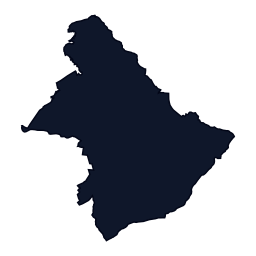 Viperesti, Buzau, Romania (Albers equal-area conic projection)
{"feature_id": "2599482B5774705795524", "entity_name": "Viperesti", "entity_type": "district", "adm_level": 2, "iso_a3": "ROU", "parent_name": "Romania", "parent_adm1": "Buzau", "projection": "albers", "projection_center": [26.456, 45.246], "detail": "fine", "context": "isolated", "style": "filled", "palette": "ink", "viewbox_px": 256, "rotation_deg": 0, "n_neighbors": 0, "source": "geoboundaries", "source_scale": "gbopen_adm2", "svg_char_len": 5607}
<svg xmlns="http://www.w3.org/2000/svg" viewBox="0 0 256 256"><path d="M128.0,224.2L133.8,222.0L136.2,222.3L138.2,221.9L143.4,221.4L149.3,219.6L155.6,218.6L158.3,217.8L164.7,217.7L165.2,216.2L165.3,214.1L165.6,213.8L168.1,213.2L169.4,212.0L170.3,211.7L171.8,211.6L174.2,210.8L175.6,209.8L176.3,208.7L177.1,208.2L183.2,205.5L183.7,205.1L184.6,204.2L185.8,201.0L187.4,199.7L188.9,198.0L189.4,196.5L190.6,194.6L191.3,193.7L191.6,191.5L191.3,189.8L191.9,187.6L193.3,185.3L195.2,183.6L197.8,179.9L201.3,175.4L201.7,175.1L203.5,174.8L205.4,173.3L208.7,169.5L210.5,168.1L211.2,167.3L211.6,166.3L213.6,164.2L214.1,163.1L214.4,161.8L214.4,160.4L214.2,158.9L214.6,157.8L215.0,157.5L215.5,157.4L216.6,157.7L217.7,158.4L220.6,158.3L220.7,158.1L220.6,157.0L220.9,156.3L220.8,155.2L223.3,152.5L225.1,151.4L225.9,149.7L226.9,149.1L228.2,147.7L228.3,147.0L228.0,145.7L228.5,144.6L228.7,143.7L230.7,140.7L232.2,138.9L232.2,138.4L233.5,137.6L234.3,136.4L232.9,134.1L231.7,133.1L229.8,132.1L229.2,131.3L228.6,131.0L227.8,130.7L227.0,130.8L222.9,130.2L219.7,129.1L217.9,129.1L216.3,128.4L214.4,127.0L212.7,127.5L211.7,127.3L210.5,127.4L208.4,125.6L206.1,124.6L205.6,124.6L203.1,122.8L202.1,122.8L200.9,122.5L200.3,122.0L199.7,120.4L199.4,120.0L198.2,119.8L198.1,119.1L198.2,117.2L198.4,116.7L198.3,116.3L196.6,114.7L195.4,112.8L193.0,113.2L191.0,112.2L189.6,112.3L188.8,113.1L188.3,114.3L187.9,114.6L187.2,114.6L186.0,114.0L185.7,115.4L184.8,116.5L183.6,115.6L183.2,115.5L182.4,115.8L181.9,116.8L181.6,116.7L180.8,116.2L173.4,110.1L172.0,108.4L170.0,105.2L169.4,103.0L168.8,100.0L168.7,98.8L168.6,93.4L164.3,93.1L163.6,92.7L159.7,92.6L159.3,92.6L158.4,93.1L158.5,92.4L160.5,90.4L160.7,89.8L157.8,88.7L156.0,86.5L155.3,86.6L154.8,86.3L152.9,83.4L151.5,80.6L151.0,79.8L149.7,79.2L147.2,76.2L145.7,75.7L145.0,75.1L144.9,74.6L145.3,73.2L145.6,70.2L145.5,69.1L145.2,69.2L144.4,68.9L140.4,66.7L139.0,65.4L137.8,63.6L137.1,62.2L137.0,61.7L137.4,60.5L136.9,57.7L137.1,56.1L136.7,55.0L134.1,53.4L132.4,53.1L131.2,52.4L127.5,51.6L124.5,50.6L124.0,49.5L122.3,48.3L122.2,45.5L121.4,44.4L121.3,43.1L121.1,42.7L119.2,41.5L117.3,41.0L116.4,40.4L115.6,40.3L112.7,37.6L112.1,36.2L112.0,34.4L111.5,33.1L111.7,31.8L111.5,31.5L109.9,30.4L108.7,30.0L107.4,29.1L107.4,28.2L107.1,27.8L107.0,27.3L104.4,25.1L104.2,24.8L104.1,23.6L103.7,23.0L102.0,22.0L100.7,20.4L100.1,19.3L98.8,17.9L97.6,17.1L96.7,16.8L96.2,16.7L95.7,17.2L95.3,17.2L95.0,16.7L95.1,15.6L94.9,15.4L93.1,15.8L91.8,15.8L89.0,17.8L88.2,19.0L84.6,19.7L81.4,20.9L76.4,21.8L74.2,22.8L72.2,23.4L70.0,25.6L69.4,26.4L69.4,26.8L69.6,27.8L69.5,28.2L69.1,28.9L68.2,29.5L68.3,31.9L69.9,31.9L70.5,31.5L71.8,31.7L72.9,30.6L73.6,31.7L74.4,31.5L74.9,31.9L75.8,33.0L75.8,33.6L74.9,34.1L75.3,35.2L75.2,36.1L74.6,35.7L73.7,36.3L73.8,36.7L73.9,38.5L73.5,38.3L73.3,37.6L72.7,37.6L72.3,38.5L71.7,38.9L71.7,39.4L69.0,40.9L69.9,41.6L70.6,41.5L70.7,41.2L71.6,40.9L72.6,41.4L73.3,41.4L73.6,41.9L73.9,42.1L73.9,42.4L73.3,43.7L72.8,43.4L72.3,43.9L70.4,43.8L69.1,43.3L67.8,43.8L67.1,44.5L66.6,44.4L66.1,44.7L65.3,46.1L64.1,47.5L63.9,49.6L64.1,51.5L64.9,52.4L64.8,53.6L65.4,55.3L66.7,54.7L67.6,54.9L68.2,55.7L70.1,56.7L70.2,57.1L69.9,57.4L70.0,57.7L70.5,58.1L71.2,58.1L71.6,58.4L71.2,59.2L70.6,59.8L70.7,60.0L71.1,60.2L71.6,59.9L72.3,59.3L72.5,59.3L72.9,60.2L72.5,61.5L73.2,62.2L74.6,63.0L74.4,64.5L74.8,64.5L76.1,64.1L76.9,64.5L77.4,65.6L76.8,65.9L76.8,66.1L77.2,66.5L77.6,66.4L78.1,66.6L78.9,67.6L78.9,68.0L79.2,68.7L79.0,69.9L79.8,71.0L80.9,72.2L81.8,72.1L82.0,73.4L81.9,74.4L81.2,74.8L80.0,74.9L78.9,74.1L78.7,73.7L78.1,74.4L77.2,75.3L76.9,75.3L76.7,73.8L76.1,72.7L76.0,71.8L75.4,71.1L67.5,75.9L60.9,80.5L56.5,83.0L56.8,83.5L56.9,84.4L57.1,84.6L57.0,85.3L57.6,87.2L57.5,87.9L59.1,89.1L59.6,90.4L58.3,90.9L58.1,90.7L57.8,90.9L57.5,91.4L57.8,91.7L57.1,92.0L56.9,91.9L56.9,91.5L55.9,91.6L55.9,91.9L56.5,92.8L56.4,93.3L55.6,93.5L55.3,93.1L55.2,93.2L55.0,94.1L54.1,95.6L53.4,96.0L51.1,96.8L51.2,97.8L53.2,97.8L53.8,97.9L53.7,98.2L52.2,99.4L52.0,99.7L51.8,101.0L51.2,101.9L50.4,102.7L46.6,104.9L44.6,105.8L44.2,106.3L43.2,107.0L43.1,107.7L42.6,108.4L39.7,110.3L30.2,124.1L27.8,128.0L26.7,128.0L24.8,127.3L22.9,126.1L22.6,125.7L21.8,125.8L22.0,126.4L21.7,127.8L22.2,129.8L23.3,131.3L24.4,131.9L25.9,131.7L30.2,129.5L32.0,129.4L35.2,129.7L37.4,130.2L43.6,130.3L47.2,131.1L48.6,132.4L49.2,133.8L50.4,134.1L56.1,133.6L57.7,133.9L59.4,134.3L60.1,134.7L61.1,136.6L62.3,136.7L64.4,136.5L66.5,137.8L67.9,137.9L71.7,136.4L72.6,135.9L74.0,136.7L75.0,136.7L79.5,139.7L80.2,140.0L81.1,140.8L78.6,143.0L78.4,143.8L78.1,144.2L78.4,144.9L77.7,146.3L79.1,146.2L79.4,146.7L81.4,147.3L82.6,147.2L83.5,147.5L82.5,154.6L87.4,155.2L89.8,163.6L92.0,163.9L93.6,170.1L88.5,169.7L89.9,174.4L86.0,180.6L85.8,181.3L84.4,181.6L84.0,182.2L83.2,182.9L78.1,185.2L77.6,185.7L78.0,186.0L77.9,186.1L78.9,187.2L80.0,187.5L80.2,188.4L78.7,189.2L78.0,190.3L79.6,192.0L78.9,193.2L77.5,194.5L78.7,198.6L79.6,200.2L79.6,201.0L77.7,202.5L79.4,204.9L82.5,203.7L88.5,200.4L89.7,199.2L92.4,195.7L93.2,198.2L93.2,200.0L93.9,200.8L94.0,201.4L94.2,201.7L94.4,203.5L93.8,204.4L93.6,205.9L93.2,206.5L93.4,209.0L93.2,209.5L93.1,211.3L93.3,212.2L93.2,212.8L92.0,215.0L92.6,215.5L92.9,216.3L93.4,217.0L95.2,218.2L95.8,218.9L95.8,220.3L95.5,221.7L95.8,222.9L95.7,224.4L96.4,225.8L97.3,227.2L98.2,227.7L98.5,228.2L99.0,228.9L99.0,229.7L102.0,233.1L102.8,233.7L103.0,234.7L103.6,235.7L103.9,237.2L104.5,238.1L105.6,239.2L106.4,240.6L109.6,238.8L111.2,238.1L111.8,237.6L113.2,237.1L114.2,236.3L115.5,235.5L116.8,234.6L118.1,231.9L118.8,231.1L119.4,230.7L121.5,228.9L123.2,228.5L125.6,227.2L127.0,225.9L128.0,224.2Z" fill="#0f172a" stroke="#020617" stroke-width="1.5"/></svg>